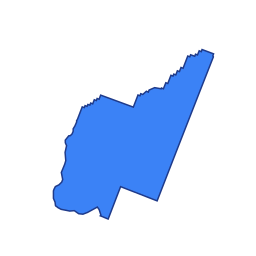 Grant, Washington, United States of America (Mercator projection), rotated 21°
{"feature_id": "52423323B96573779490833", "entity_name": "Grant", "entity_type": "district", "adm_level": 2, "iso_a3": "USA", "parent_name": "United States of America", "parent_adm1": "Washington", "projection": "mercator", "projection_center": [-119.611, 47.294], "detail": "fine", "context": "isolated", "style": "filled", "palette": "blue", "viewbox_px": 256, "rotation_deg": 21, "n_neighbors": 0, "source": "geoboundaries", "source_scale": "gbopen_adm2", "svg_char_len": 1198}
<svg xmlns="http://www.w3.org/2000/svg" viewBox="0 0 256 256"><g transform="rotate(21 128 128)"><path d="M133.6,219.9L142.1,220.1L142.1,211.3L142.1,185.4L181.3,185.6L181.5,133.4L181.9,69.3L182.2,31.0L181.4,30.3L181.3,28.1L169.0,28.2L169.0,30.5L166.8,30.4L166.7,34.9L164.6,34.9L164.6,37.1L160.2,37.2L160.2,39.4L158.0,39.4L158.0,52.5L155.8,52.5L155.8,56.9L153.6,56.9L153.6,61.3L151.4,61.3L151.4,63.4L149.2,63.4L149.2,72.2L147.1,72.2L147.0,78.7L144.9,78.7L144.9,79.5L138.4,80.8L134.1,85.0L134.1,87.2L132.0,87.1L129.8,91.4L127.6,91.4L127.6,93.6L125.5,93.6L125.5,106.6L90.7,107.1L90.7,111.5L88.6,111.5L88.6,113.7L86.4,113.7L86.4,118.1L84.2,118.1L84.2,120.3L82.1,120.4L82.0,122.5L79.9,122.5L79.9,124.6L77.7,124.7L77.7,138.1L77.4,139.6L77.9,140.8L77.7,145.2L77.1,148.4L78.0,150.7L77.9,153.6L76.9,155.8L75.5,156.5L73.8,161.8L74.8,164.3L77.0,166.5L78.0,173.3L81.6,180.8L81.9,184.5L81.7,193.4L85.5,199.5L85.5,202.3L83.9,205.8L81.2,208.7L80.9,211.4L80.9,213.4L83.6,220.4L86.5,223.4L88.1,226.4L88.5,226.7L90.2,227.1L90.9,227.4L94.7,227.9L103.4,226.4L107.5,224.4L112.7,225.7L116.8,224.6L120.5,221.3L127.7,212.8L130.3,214.5L133.9,219.0L133.6,219.9Z" fill="#3b82f6" stroke="#1e3a8a" stroke-width="1.5"/></g></svg>